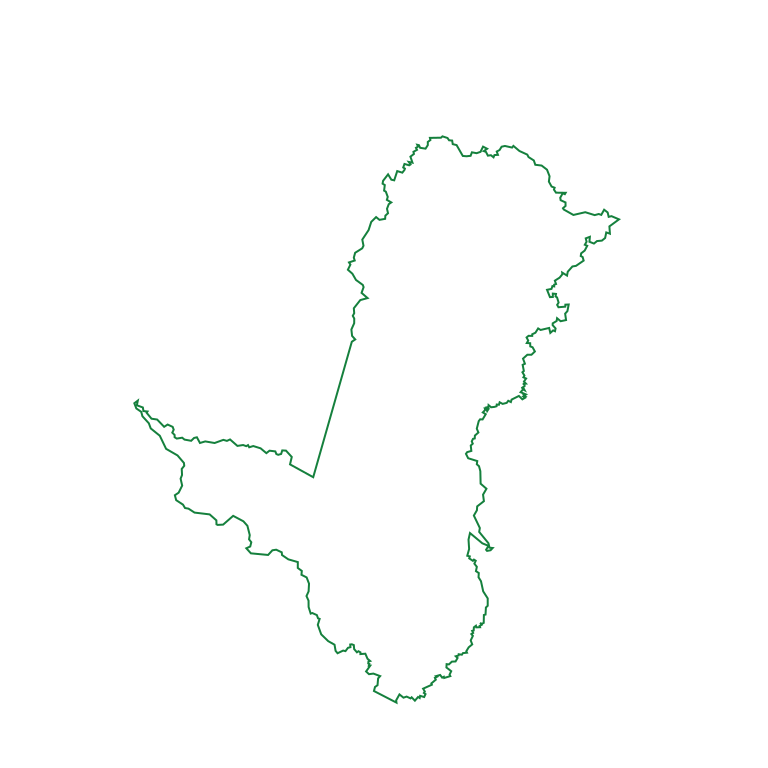 the district of Vegachí, Antioquia, Colombia, rotated 300°
{"feature_id": "7082276B51792749942649", "entity_name": "Vegachí", "entity_type": "district", "adm_level": 2, "iso_a3": "COL", "parent_name": "Colombia", "parent_adm1": "Antioquia", "projection": "albers", "projection_center": [-74.763, 6.859], "detail": "fine", "context": "isolated", "style": "outline", "palette": "green", "viewbox_px": 768, "rotation_deg": 300, "n_neighbors": 0, "source": "geoboundaries", "source_scale": "gbopen_adm2", "svg_char_len": 6166}
<svg xmlns="http://www.w3.org/2000/svg" viewBox="0 0 768 768"><g transform="rotate(300 384 384)"><path d="M644.1,505.2L643.1,497.1L641.1,495.0L644.4,491.9L645.0,487.5L639.1,487.6L638.6,485.0L635.6,482.0L633.4,472.4L625.1,463.5L625.0,452.4L625.7,451.1L629.0,452.2L632.0,450.4L631.5,445.1L633.4,443.5L638.5,443.4L638.8,445.7L640.4,445.7L635.7,437.3L637.3,434.0L639.3,433.6L638.8,430.4L641.7,425.6L646.7,423.5L651.1,418.0L652.0,411.3L649.5,405.4L652.5,402.0L652.8,395.7L654.3,393.4L653.5,384.8L654.9,377.0L652.8,376.7L650.6,369.7L648.3,367.2L644.4,367.1L641.7,365.4L639.4,368.1L637.5,365.2L635.1,365.5L635.6,362.2L633.7,359.8L636.0,356.2L635.6,354.0L639.3,355.7L639.1,351.1L633.3,351.5L630.2,348.8L628.6,344.3L624.9,344.9L622.5,341.6L620.9,338.2L627.2,327.4L626.1,323.6L628.9,321.3L627.6,318.5L628.8,316.0L627.7,310.8L625.8,310.2L620.1,300.7L618.5,302.2L615.5,300.9L612.8,302.5L608.6,302.3L606.6,297.2L608.3,294.8L607.8,293.2L606.7,294.8L604.5,293.6L603.3,295.5L599.8,293.4L598.2,294.9L594.1,293.2L589.9,298.0L588.7,294.4L587.4,297.2L586.0,296.5L584.8,291.7L581.1,292.4L581.0,294.4L579.7,294.7L576.2,294.2L575.0,289.0L565.5,291.0L564.6,288.2L567.6,282.7L559.5,281.6L556.8,282.6L556.7,285.2L551.5,287.4L551.5,289.4L547.9,293.7L544.9,294.4L544.9,299.5L542.1,298.2L537.2,299.0L533.9,302.1L530.5,301.0L527.6,302.4L523.9,298.0L524.6,293.7L518.0,291.9L509.6,293.7L498.2,293.0L493.5,297.1L490.6,297.3L483.2,293.4L478.3,294.7L476.3,296.9L471.8,292.9L470.6,295.2L464.9,295.6L463.7,301.5L460.1,307.7L459.2,316.1L457.7,317.9L451.7,319.0L450.2,326.8L444.8,321.5L434.5,320.0L430.4,322.8L427.4,322.9L425.8,325.5L421.7,327.8L414.9,328.5L409.7,332.3L408.2,336.8L404.5,335.0L267.9,369.3L267.4,342.8L274.7,340.6L277.3,332.4L275.6,329.1L272.0,329.9L269.8,327.8L269.5,325.8L271.3,323.6L269.0,318.2L265.3,316.7L266.6,309.3L264.9,301.8L261.8,298.9L263.1,296.8L261.3,295.8L260.7,292.5L257.1,288.0L259.0,278.4L256.2,276.4L255.3,272.8L248.2,266.8L244.9,257.9L240.9,254.1L244.3,248.6L242.3,246.5L238.4,245.4L236.1,239.0L236.6,236.1L233.1,231.8L233.2,229.3L235.2,228.1L236.0,225.0L239.3,224.7L241.2,222.4L240.7,216.9L237.0,215.0L239.8,205.3L237.7,200.0L240.4,192.8L241.9,192.9L240.3,189.2L243.1,186.9L242.0,180.6L246.5,179.1L242.5,177.4L239.0,181.7L238.5,187.7L235.3,190.9L232.4,200.0L228.9,204.2L227.1,215.7L218.9,227.7L218.9,240.9L215.6,250.2L213.3,251.9L209.3,251.3L204.2,254.6L200.3,255.2L195.1,260.0L187.2,260.5L183.1,258.5L179.5,262.1L179.0,270.3L177.1,273.7L178.3,277.0L177.9,284.2L183.9,298.2L182.1,307.0L178.7,309.1L178.8,310.4L181.8,315.0L194.4,319.3L194.8,330.9L192.9,336.6L186.0,343.3L182.0,344.8L180.6,348.2L176.4,349.4L172.9,346.9L170.8,353.4L178.0,369.1L184.2,370.5L186.6,373.5L187.1,379.6L184.9,381.2L184.3,388.8L186.7,398.4L181.6,401.3L181.0,406.3L177.5,407.9L177.8,413.7L173.6,418.9L166.7,422.4L161.6,422.9L158.6,427.0L153.2,430.2L148.5,435.3L149.8,436.4L150.3,441.4L148.1,444.0L148.4,445.7L142.3,447.1L135.8,454.8L133.4,464.3L133.5,471.5L128.7,475.5L127.6,478.4L132.7,481.9L133.4,484.2L137.5,484.7L139.3,486.5L141.5,485.0L142.5,486.3L142.8,488.4L139.5,490.7L138.1,494.7L139.8,495.5L139.8,497.8L138.3,498.6L141.1,502.7L137.8,507.1L137.2,510.5L135.9,509.3L134.1,510.1L134.2,511.4L132.5,511.7L133.2,512.9L126.1,512.2L125.2,516.1L127.9,519.6L129.1,526.7L126.1,526.1L119.9,529.0L117.1,527.7L113.1,528.8L114.3,554.1L116.1,552.7L122.9,552.6L122.1,557.7L124.6,559.9L125.0,564.2L126.5,564.6L125.2,569.1L130.0,570.0L129.9,571.9L132.0,571.2L133.0,575.3L136.2,575.0L136.4,573.0L138.1,573.1L139.7,570.2L147.5,575.8L148.4,574.7L153.8,576.7L155.0,575.0L157.0,576.3L157.1,575.2L160.1,578.1L158.8,581.2L160.4,582.2L159.5,583.1L164.2,587.5L165.1,586.1L168.9,585.8L169.7,579.8L172.7,578.3L173.6,580.4L177.5,581.6L179.5,584.7L183.5,584.7L184.1,582.3L186.2,584.3L187.3,583.8L188.5,586.8L190.4,586.9L192.8,590.2L193.7,588.9L198.3,589.0L202.6,590.6L205.3,587.3L210.3,586.9L211.1,584.7L213.0,585.7L214.3,583.8L215.4,584.9L218.2,583.5L220.6,584.5L219.4,585.6L221.4,588.8L222.3,587.8L224.3,589.0L225.2,586.7L225.1,588.6L227.0,589.8L233.9,586.0L235.1,587.2L241.4,584.0L243.8,584.7L250.2,581.0L254.0,573.6L261.7,566.6L263.9,562.5L267.7,560.6L267.9,557.2L272.1,555.8L273.6,552.1L276.8,551.8L276.9,549.7L275.3,549.4L275.6,545.0L277.6,544.5L276.9,542.0L283.7,540.2L291.5,535.0L297.9,533.0L295.2,548.8L296.1,555.4L291.5,555.3L291.0,556.7L293.3,559.4L296.3,560.1L295.0,557.2L298.3,554.1L303.5,540.4L307.2,539.0L315.0,527.6L321.1,527.6L324.6,525.9L332.5,529.1L337.7,525.1L344.5,525.1L346.0,517.5L356.7,511.0L360.3,507.4L360.9,504.5L363.9,503.3L361.8,494.0L364.5,489.9L366.6,490.1L369.7,493.1L374.1,489.9L376.7,490.7L378.2,488.7L381.0,488.5L382.2,489.8L384.8,488.5L389.2,490.0L391.7,486.7L399.2,484.6L401.5,484.9L402.6,487.1L408.7,487.2L408.8,483.8L412.1,484.6L413.3,483.4L413.9,484.6L412.1,486.9L414.8,487.0L415.2,484.7L416.3,485.9L418.0,485.1L417.4,488.4L419.4,491.1L421.0,492.6L422.6,491.9L423.5,493.9L426.0,493.3L426.1,496.7L429.0,499.7L431.6,500.0L431.8,502.9L434.3,502.3L441.1,506.8L439.9,511.5L442.7,513.1L442.8,511.2L444.2,512.5L444.4,510.6L445.9,511.8L445.2,506.4L448.8,507.1L448.9,508.9L450.5,506.3L449.0,505.1L452.5,506.8L454.1,505.7L453.5,504.1L455.3,506.7L456.1,504.0L459.8,504.3L459.5,501.4L461.5,501.4L463.4,498.0L465.2,498.6L469.9,494.5L472.0,495.9L475.5,491.7L481.0,493.5L483.1,497.1L487.6,498.4L490.1,494.3L489.7,491.9L492.4,490.2L490.9,487.2L493.7,487.2L495.6,484.2L498.0,485.1L499.8,488.3L501.2,487.5L504.1,489.5L509.2,489.7L509.1,492.6L515.1,499.0L511.4,502.5L515.0,503.7L515.2,505.7L517.9,504.8L519.3,500.6L520.9,499.8L524.9,502.0L527.5,501.0L526.7,505.6L530.4,509.7L535.5,505.7L538.8,506.4L545.2,504.2L543.4,501.4L541.6,502.3L537.7,496.7L539.1,494.4L541.8,494.5L545.5,490.6L545.6,488.8L548.0,487.9L546.7,485.0L543.8,486.7L542.2,484.3L547.1,478.1L550.1,481.5L553.0,480.9L553.6,482.6L555.1,481.7L556.6,483.0L558.9,480.3L563.9,482.9L568.2,483.6L569.6,482.6L569.4,488.3L573.1,487.0L580.0,488.4L582.3,491.2L590.7,495.2L593.3,492.5L593.2,490.4L595.7,489.4L599.9,491.1L605.3,490.9L605.0,488.3L608.5,488.3L611.0,485.9L614.4,488.7L609.9,490.8L610.6,495.6L614.3,497.0L617.1,501.0L621.0,502.5L626.4,500.7L627.1,504.5L633.2,500.4L644.1,505.2Z" fill="none" stroke="#15803d" stroke-width="2"/></g></svg>